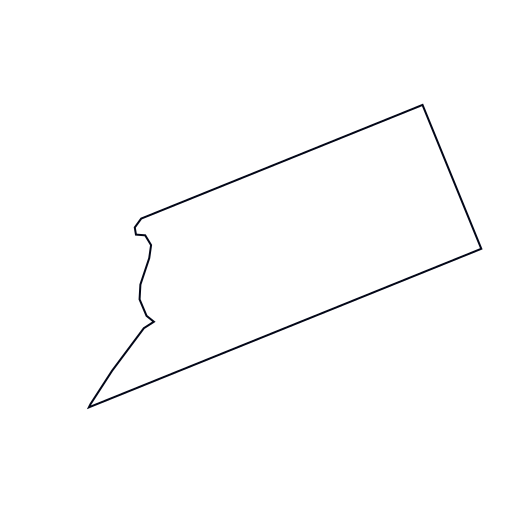 Bristol Bay, Alaska, United States of America, rotated 338°
{"feature_id": "52423323B97700503252046", "entity_name": "Bristol Bay", "entity_type": "district", "adm_level": 2, "iso_a3": "USA", "parent_name": "United States of America", "parent_adm1": "Alaska", "projection": "natural_earth1", "projection_center": [-156.978, 58.751], "detail": "fine", "context": "isolated", "style": "outline", "palette": "ink", "viewbox_px": 512, "rotation_deg": 338, "n_neighbors": 0, "source": "geoboundaries", "source_scale": "gbopen_adm2", "svg_char_len": 367}
<svg xmlns="http://www.w3.org/2000/svg" viewBox="0 0 512 512"><g transform="rotate(338 256 256)"><path d="M163.6,178.3L154.3,184.1L152.7,191.2L161.0,195.3L162.8,206.6L156.2,218.0L138.1,239.2L131.8,252.6L132.1,270.5L136.7,278.7L125.0,280.9L79.7,308.4L47.1,331.3L44.4,333.7L467.6,333.7L467.0,178.3L163.6,178.3Z" fill="none" stroke="#020617" stroke-width="2"/></g></svg>